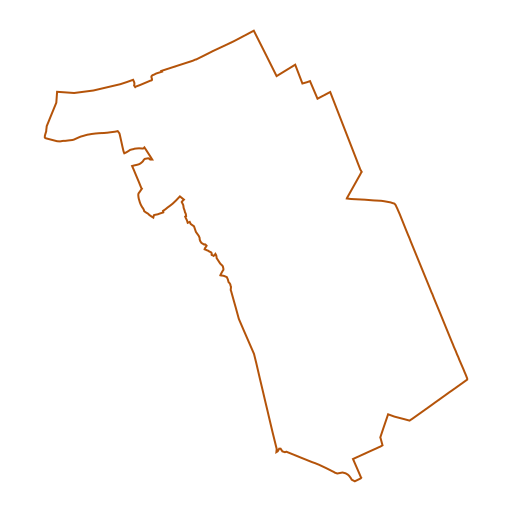 Cosmesti, Galati, Romania
{"feature_id": "2599482B28458527473660", "entity_name": "Cosmesti", "entity_type": "district", "adm_level": 2, "iso_a3": "ROU", "parent_name": "Romania", "parent_adm1": "Galati", "projection": "orthographic", "projection_center": [27.304, 45.847], "detail": "fine", "context": "isolated", "style": "outline", "palette": "amber", "viewbox_px": 512, "rotation_deg": 0, "n_neighbors": 0, "source": "geoboundaries", "source_scale": "gbopen_adm2", "svg_char_len": 5277}
<svg xmlns="http://www.w3.org/2000/svg" viewBox="0 0 512 512"><path d="M361.7,171.9L360.7,170.2L360.2,169.3L359.7,167.9L358.4,164.6L357.5,162.3L356.6,159.9L330.2,92.0L317.5,98.7L310.0,81.1L307.3,82.1L304.9,82.8L302.4,83.5L295.2,64.7L278.4,75.0L276.6,76.1L265.1,53.1L253.8,30.7L233.5,41.4L212.4,51.3L211.7,51.7L196.1,59.5L195.5,59.5L192.9,60.7L166.9,69.1L162.3,70.6L161.4,70.9L161.9,71.7L156.2,73.5L155.8,73.7L154.3,74.5L154.1,74.6L153.6,74.8L152.5,75.2L152.2,75.5L151.6,76.1L151.5,76.3L151.4,76.6L151.5,77.5L151.8,78.4L152.0,79.2L152.0,79.7L151.8,80.2L151.2,80.5L150.5,80.6L149.1,81.2L147.7,81.8L140.1,85.0L135.8,86.6L135.2,87.1L134.8,86.6L134.1,85.4L134.3,84.8L134.4,83.7L134.3,82.7L134.0,81.8L133.1,79.8L127.0,82.0L120.3,84.2L93.4,90.5L74.1,93.0L57.1,91.8L56.3,102.7L50.6,116.6L48.3,122.3L46.7,126.2L46.6,127.4L46.3,129.7L46.2,131.3L45.3,134.2L44.9,135.7L44.8,136.9L44.8,137.5L45.0,137.8L45.9,138.3L57.0,141.2L58.2,141.3L59.9,141.4L60.8,141.3L62.2,141.0L63.0,140.9L63.9,140.9L65.0,140.9L68.8,140.4L72.4,140.0L73.9,139.6L75.2,139.0L79.0,137.3L80.2,136.8L81.0,136.5L82.9,136.0L85.6,135.2L87.1,134.8L87.4,134.7L89.4,134.4L91.5,134.0L95.6,133.5L99.1,133.2L100.9,133.1L104.0,133.0L106.1,132.8L107.4,132.7L110.2,132.3L115.0,131.7L116.5,131.4L117.7,131.1L118.3,131.9L119.2,133.0L119.6,133.9L120.1,136.1L121.3,141.5L122.4,146.5L123.4,150.8L124.0,152.7L124.3,153.3L126.4,152.3L128.2,151.2L129.4,150.4L130.1,149.9L132.0,149.4L133.5,149.1L134.6,148.7L135.5,148.6L137.6,148.4L139.2,148.3L142.0,148.5L142.8,148.5L143.5,148.4L143.8,148.2L144.1,147.7L144.4,147.4L146.4,150.4L148.7,154.0L150.4,156.6L152.2,159.5L151.7,159.5L150.8,159.6L150.3,159.5L149.7,159.3L149.3,158.9L148.9,158.4L148.4,158.3L147.5,158.4L145.9,158.7L145.3,158.8L144.8,158.9L143.8,159.8L143.2,160.8L142.9,161.3L142.2,162.0L141.0,163.0L140.3,163.5L139.3,164.1L137.8,164.6L136.2,165.0L134.3,165.4L132.1,166.0L133.8,169.9L136.3,175.9L138.5,181.1L139.6,183.8L141.3,188.0L141.9,188.7L141.4,189.3L139.9,191.6L138.8,193.0L138.4,193.9L138.3,194.5L138.3,195.5L138.5,197.3L138.8,198.9L139.2,200.1L139.8,202.2L140.4,203.8L141.1,205.3L142.0,206.9L142.5,207.7L143.1,208.4L143.4,209.1L143.7,209.5L144.0,210.4L144.2,211.2L146.6,212.9L147.1,213.1L147.9,213.6L148.6,214.2L148.9,214.6L149.5,215.1L151.2,216.3L153.3,217.6L153.9,215.2L155.1,214.8L156.8,214.5L157.8,214.3L159.6,213.6L163.3,212.4L163.4,212.2L163.0,210.9L165.4,209.3L167.7,207.4L169.8,205.9L172.5,203.8L174.1,202.3L176.2,200.3L177.7,198.7L179.9,196.4L183.9,199.6L182.0,201.5L181.7,202.0L182.1,202.7L182.5,203.6L182.9,204.3L183.2,205.0L183.4,206.0L183.6,207.7L183.9,208.7L184.4,209.9L184.7,211.0L185.0,212.3L185.6,213.4L185.9,214.5L186.1,216.2L185.2,216.6L185.4,217.2L186.0,218.5L186.6,219.6L187.1,220.8L187.4,221.9L187.7,222.8L189.7,221.9L190.7,224.0L194.0,226.3L195.9,231.9L198.7,235.8L199.2,236.9L199.6,237.9L199.7,239.2L199.7,239.6L200.1,240.5L200.2,241.0L200.5,241.5L201.4,242.9L204.2,244.6L204.9,244.3L205.4,244.5L206.6,245.7L206.2,246.5L205.4,247.5L204.8,248.5L204.7,248.9L204.6,249.3L205.7,249.7L207.0,250.3L207.7,250.6L208.4,250.8L208.9,251.3L209.5,251.6L210.1,251.9L210.7,252.1L211.2,252.5L211.6,253.1L211.7,253.5L211.6,253.9L211.6,254.3L211.6,254.6L211.6,254.8L211.7,255.0L212.0,255.1L212.4,255.2L212.8,255.3L213.3,255.7L213.6,255.9L214.0,255.5L214.4,255.3L215.4,253.9L215.8,254.6L216.2,255.3L216.3,255.8L216.5,256.7L216.6,257.6L216.7,258.3L217.1,258.8L219.9,263.1L220.5,263.9L221.8,265.1L222.4,265.7L222.9,266.5L223.0,267.1L223.3,268.2L223.4,269.0L223.4,269.8L222.6,271.0L220.7,274.4L220.4,275.3L221.2,275.5L222.6,275.6L224.2,276.0L224.9,276.3L226.8,277.1L227.8,279.3L228.6,282.2L229.6,283.2L230.3,284.4L230.5,285.6L231.0,286.9L230.7,290.0L231.2,291.4L234.1,301.8L235.8,307.8L238.8,318.8L239.6,320.7L243.9,330.7L254.0,353.9L256.3,363.2L259.8,378.3L262.7,390.5L265.4,402.0L267.6,411.2L268.5,415.1L272.5,432.0L276.7,449.0L276.4,452.1L277.2,451.6L277.3,451.6L277.7,451.3L279.2,448.7L280.6,448.7L282.4,451.4L282.8,451.5L284.9,452.2L285.3,452.1L286.3,451.7L299.1,456.9L312.0,462.1L315.5,463.3L315.9,463.5L318.9,464.7L324.2,467.2L326.1,468.1L330.3,470.2L331.6,470.9L333.9,472.0L334.7,472.6L337.3,473.5L342.5,472.5L345.6,473.3L347.8,474.6L349.1,475.8L350.0,477.0L351.0,478.4L351.7,479.7L352.7,480.2L354.8,481.3L360.7,478.4L361.2,477.8L361.1,477.7L358.7,472.1L353.0,459.0L368.1,452.1L374.3,449.3L375.9,448.6L379.1,447.1L379.7,446.9L381.4,446.0L381.7,445.8L382.5,445.3L380.8,439.0L380.3,437.4L380.7,436.2L382.8,429.9L388.1,414.3L394.4,416.6L404.8,419.3L405.5,419.5L408.8,420.4L409.6,420.6L410.4,420.0L411.5,419.3L412.0,419.0L420.3,413.1L433.6,403.6L434.1,403.2L440.7,398.5L449.3,392.3L451.8,390.6L467.2,379.6L467.2,378.5L465.8,374.9L464.5,371.9L463.5,369.4L459.2,359.5L458.3,357.1L457.0,354.3L455.6,350.7L455.4,350.3L453.8,346.7L452.9,344.3L452.1,342.5L440.7,314.6L435.9,303.0L433.8,297.9L432.2,293.7L431.9,293.2L431.7,292.8L431.2,291.6L429.9,288.3L410.7,241.4L409.3,237.7L409.1,237.4L409.0,237.0L408.7,236.3L408.3,235.5L407.7,234.0L405.9,229.6L399.7,214.1L398.1,210.5L397.5,209.1L397.2,208.3L397.1,208.2L396.9,207.8L395.6,205.0L394.4,203.6L392.3,203.0L390.6,202.4L384.0,201.2L381.3,200.8L377.3,200.6L373.3,200.4L365.0,199.7L351.0,199.0L346.8,198.5L346.9,198.2L357.6,179.1L360.2,174.5L361.0,172.9L361.3,172.4L361.7,171.9Z" fill="none" stroke="#b45309" stroke-width="2"/></svg>